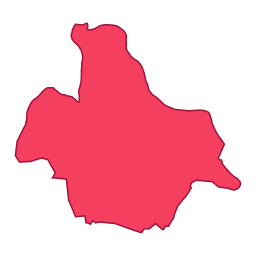 Ini, Akwa Ibom, Nigeria
{"feature_id": "59680162B87442417129591", "entity_name": "Ini", "entity_type": "district", "adm_level": 2, "iso_a3": "NGA", "parent_name": "Nigeria", "parent_adm1": "Akwa Ibom", "projection": "robinson", "projection_center": [7.758, 5.403], "detail": "fine", "context": "isolated", "style": "filled", "palette": "rose", "viewbox_px": 256, "rotation_deg": 0, "n_neighbors": 0, "source": "geoboundaries", "source_scale": "gbopen_adm2", "svg_char_len": 2457}
<svg xmlns="http://www.w3.org/2000/svg" viewBox="0 0 256 256"><path d="M163.5,229.6L165.3,226.2L168.5,226.4L170.9,221.9L172.8,219.4L173.9,217.0L174.3,214.7L175.7,211.0L177.7,206.1L179.3,204.2L182.9,199.6L185.2,197.1L189.1,191.6L190.4,189.0L191.3,187.9L190.3,186.4L191.2,183.3L194.4,181.2L196.6,180.1L198.9,180.6L202.5,180.6L204.8,181.1L205.3,181.1L207.1,181.1L208.2,181.2L209.8,181.6L212.1,181.5L213.9,183.1L215.7,184.6L218.0,186.7L220.3,187.2L223.0,187.6L227.1,188.1L228.9,188.6L232.1,189.6L234.4,190.1L236.6,189.1L238.4,188.0L240.2,185.4L240.6,182.8L239.7,181.3L237.4,178.7L234.2,176.7L230.6,173.6L227.8,170.5L225.1,167.4L222.3,163.8L221.6,160.1L219.7,159.8L218.2,158.2L224.4,144.2L218.5,135.9L217.9,135.0L215.7,131.3L214.3,128.2L212.0,123.1L211.5,119.9L210.6,117.4L209.6,113.8L208.3,112.2L206.4,111.2L204.2,110.7L202.4,110.2L200.1,110.2L197.8,110.2L188.3,110.8L174.7,109.4L165.1,105.4L156.9,97.7L152.3,94.6L149.1,90.5L148.2,87.4L147.3,83.8L145.9,81.2L145.4,78.6L144.4,74.0L143.1,69.9L142.1,67.3L140.7,64.7L138.9,62.6L137.5,61.1L133.4,58.6L130.7,56.0L128.8,52.9L127.5,51.4L126.5,49.3L126.1,47.2L126.5,43.1L126.0,40.0L126.4,35.8L125.5,33.3L124.1,31.2L122.3,29.7L119.6,27.6L117.3,26.1L115.0,25.6L112.7,25.1L108.2,24.8L106.4,24.7L105.9,24.6L102.3,25.2L100.0,25.7L97.3,27.3L94.2,28.9L92.4,29.4L89.6,30.0L87.4,29.5L87.8,25.8L87.3,23.3L85.1,23.8L82.8,24.9L80.5,24.9L75.7,24.2L74.2,26.0L73.3,28.0L72.4,30.1L72.0,32.7L71.1,35.3L72.0,38.9L73.4,41.0L74.8,42.5L77.1,44.6L78.9,46.6L80.8,49.7L82.1,52.8L82.6,55.9L82.6,59.0L82.3,60.6L81.8,63.2L81.8,66.8L81.4,69.9L81.4,72.5L81.4,74.6L81.4,77.1L81.0,82.3L80.2,85.4L79.7,87.5L78.8,90.1L78.9,93.7L79.3,95.8L79.4,98.4L78.9,102.0L77.1,101.5L75.3,99.5L73.5,98.4L72.1,96.9L70.3,96.4L67.5,95.9L64.8,94.9L61.6,94.4L59.8,93.4L58.4,92.4L56.6,90.8L54.8,89.3L53.4,87.8L49.8,87.8L47.5,87.8L45.8,88.8L44.8,89.4L43.5,90.6L42.1,92.0L40.4,94.1L38.5,96.2L36.7,97.7L35.0,98.9L33.6,99.8L30.9,103.0L30.0,105.1L28.7,107.7L27.3,111.3L26.9,113.4L26.9,117.5L25.7,124.4L23.6,128.4L17.2,141.0L15.4,155.6L19.5,162.1L30.3,161.5L41.6,158.0L48.0,159.8L51.1,165.6L53.3,169.2L55.6,173.5L54.3,174.4L53.7,175.7L52.5,177.9L53.2,177.8L66.4,179.1L68.6,199.9L75.6,216.7L84.9,215.9L86.0,222.7L86.4,222.7L87.1,222.8L88.5,223.3L89.6,223.7L90.4,224.3L91.4,222.7L92.9,220.6L95.4,222.8L99.8,222.0L115.0,223.5L134.0,230.3L141.3,232.7L144.2,229.0L145.4,228.8L149.1,228.9L155.6,223.6L162.3,229.4L163.5,229.6Z" fill="#f43f5e" stroke="#9f1239" stroke-width="1.5"/></svg>